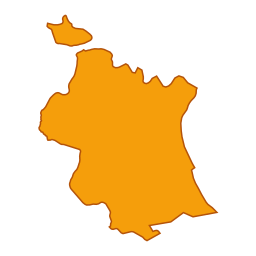 the Autonomous Community of Valencia
{"feature_id": "ESP-5849", "entity_name": "Valencia", "entity_type": "Autonomous Community", "adm_level": 1, "iso_a3": "ESP", "parent_name": "Spain", "parent_adm1": "", "projection": "natural_earth1", "projection_center": [-1.049, 39.449], "detail": "fine", "context": "isolated", "style": "filled", "palette": "amber", "viewbox_px": 256, "rotation_deg": 0, "n_neighbors": 0, "source": "natural_earth", "source_scale": "10m", "svg_char_len": 3497}
<svg xmlns="http://www.w3.org/2000/svg" viewBox="0 0 256 256"><path d="M197.0,88.1L196.3,89.7L196.1,93.3L195.3,95.8L194.0,97.7L191.1,100.7L189.5,102.9L188.1,105.5L187.4,108.0L186.7,109.9L182.9,115.2L181.7,117.8L180.8,123.2L181.2,130.6L182.0,136.9L184.4,146.8L191.9,162.7L193.2,165.1L194.7,167.7L193.2,168.7L191.5,170.1L192.2,172.8L193.4,178.2L195.4,183.1L198.5,188.6L201.6,194.6L206.1,202.2L207.9,204.4L212.4,207.8L216.9,212.4L193.0,216.8L183.4,212.6L170.8,221.9L149.4,225.5L152.9,231.4L155.2,230.6L156.9,230.4L158.4,231.2L160.0,233.3L147.0,240.6L144.8,239.4L142.7,237.1L133.3,231.8L131.2,231.6L123.0,233.6L121.2,232.8L118.1,229.4L116.9,228.6L115.7,228.6L113.2,229.3L112.0,229.2L111.0,228.7L109.3,226.9L110.5,226.0L110.7,223.5L111.1,222.8L111.4,221.8L111.4,221.1L109.8,216.5L109.8,215.3L110.4,213.0L110.4,211.9L109.8,210.5L105.9,203.9L104.4,202.9L103.2,202.4L102.0,202.2L101.1,202.3L100.5,202.6L98.6,203.8L96.4,204.3L93.1,204.1L89.8,204.9L86.5,205.0L84.9,204.2L82.9,202.6L71.3,189.2L70.4,187.8L69.7,185.4L69.6,183.9L69.9,182.6L70.3,181.6L70.5,180.6L70.9,179.5L72.2,177.4L72.6,176.3L73.3,174.0L73.9,173.0L75.3,171.1L76.1,170.3L76.9,169.4L77.9,167.3L78.2,166.3L78.7,164.9L78.9,164.0L79.3,163.1L79.6,162.0L79.9,159.8L79.8,158.7L79.8,157.6L79.7,156.4L80.0,154.1L80.2,153.0L80.6,151.8L80.5,150.7L79.7,149.5L63.9,144.5L62.6,144.4L61.7,144.4L60.4,143.9L55.0,140.4L52.5,139.6L51.4,139.6L50.7,140.0L50.1,140.1L49.0,140.1L48.3,140.2L47.8,140.1L47.4,139.1L47.3,138.2L47.1,137.3L47.0,136.6L46.6,136.0L45.5,135.7L45.1,135.1L44.9,134.5L44.1,134.3L43.5,133.8L43.1,132.9L42.8,132.2L41.2,131.9L40.5,130.6L40.0,130.3L39.5,129.7L39.2,129.0L39.1,128.3L39.1,127.4L39.8,126.4L40.5,123.8L40.4,122.2L40.7,121.6L41.2,121.2L41.5,120.8L41.4,120.5L41.3,120.4L41.2,120.2L40.9,119.7L41.0,118.3L40.9,117.6L40.9,116.8L41.1,116.2L41.3,115.3L41.3,115.0L41.3,114.9L41.1,114.4L40.9,113.9L40.8,113.4L40.8,112.9L40.9,112.3L41.6,110.8L42.0,110.2L43.1,109.7L44.3,108.5L45.7,106.8L50.0,98.6L50.7,97.7L53.4,95.0L55.5,93.3L56.6,92.9L57.7,92.7L58.8,92.8L60.8,93.8L61.7,94.3L62.8,94.7L65.0,94.7L66.1,94.5L67.1,94.0L68.1,93.3L68.8,92.4L69.3,91.3L69.3,89.9L68.8,87.6L68.7,86.5L68.8,85.3L69.1,83.9L71.9,79.1L73.2,77.4L74.1,76.0L75.0,73.7L76.8,66.0L77.1,63.6L77.2,61.3L77.5,59.0L77.5,57.9L77.3,57.0L76.5,55.6L76.3,54.8L76.7,54.0L77.6,53.0L82.1,51.0L83.6,49.8L85.5,51.0L88.3,50.2L89.4,50.1L91.6,49.4L94.6,48.8L98.8,49.0L100.9,48.8L102.2,49.0L104.2,49.5L110.1,52.2L111.8,54.2L112.3,55.4L112.1,56.6L111.7,57.6L111.4,58.6L111.4,59.6L111.8,60.5L112.3,61.3L112.5,62.3L112.5,63.4L112.5,64.6L112.6,65.7L113.2,66.6L114.3,67.2L115.5,67.7L117.6,67.6L119.2,67.2L125.8,63.9L127.9,65.1L132.3,72.4L135.2,72.9L137.8,67.7L141.9,70.1L143.3,76.7L143.3,79.0L143.0,80.5L143.1,81.8L144.5,83.2L146.4,83.6L148.5,82.8L150.3,81.3L152.2,78.4L156.6,76.1L163.1,86.2L165.8,87.0L168.6,86.0L171.3,83.6L174.9,78.0L178.9,75.9L183.3,77.4L187.7,82.8L197.0,88.1ZM65.2,15.4L65.9,15.6L66.3,16.3L67.0,18.3L68.0,20.4L68.6,21.4L69.4,22.3L70.2,23.1L71.1,23.6L71.7,24.1L71.8,24.8L71.8,25.5L72.1,26.4L73.0,27.3L75.4,28.4L83.0,29.2L86.0,31.1L89.9,34.2L91.4,35.8L91.8,36.9L91.9,37.9L91.6,38.9L90.9,39.8L90.0,40.5L84.4,43.2L81.6,43.9L79.5,44.3L78.7,44.7L76.5,45.2L74.3,45.3L73.2,45.5L72.0,46.0L70.1,45.9L66.9,44.7L59.4,43.5L58.1,43.6L57.0,43.2L55.9,42.4L52.6,32.9L52.1,31.1L51.8,30.0L51.3,29.3L48.5,27.7L47.7,26.9L47.1,26.2L47.6,23.3L53.9,24.8L57.6,24.8L60.1,24.3L62.3,23.4L62.9,22.3L63.1,21.2L62.6,19.0L62.9,17.7L63.6,16.5L65.2,15.4Z" fill="#f59e0b" stroke="#b45309" stroke-width="1.5"/></svg>